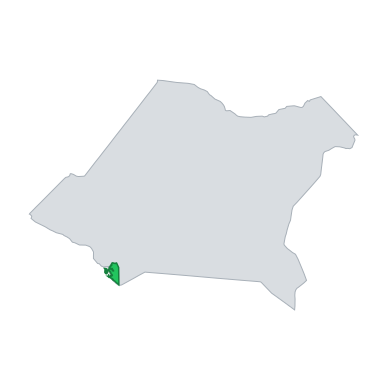 location of Lamu East, Coast, Kenya, rotated 95°
{"feature_id": "3690345B14280875758697", "entity_name": "Lamu East", "entity_type": "district", "adm_level": 2, "iso_a3": "KEN", "parent_name": "Kenya", "parent_adm1": "Coast", "projection": "natural_earth1", "projection_center": [41.091, -1.907], "detail": "fine", "context": "in_parent", "style": "filled", "palette": "green", "viewbox_px": 384, "rotation_deg": 95, "n_neighbors": 0, "source": "geoboundaries", "source_scale": "gbopen_adm2", "svg_char_len": 6913}
<svg xmlns="http://www.w3.org/2000/svg" viewBox="0 0 384 384"><g transform="rotate(95 192 192)"><path d="M83.6,236.1L83.5,230.7L84.2,217.1L84.1,205.1L84.7,199.1L87.2,195.3L88.4,192.6L89.3,188.7L90.6,185.6L93.6,183.0L94.2,181.6L97.4,177.3L99.3,171.8L100.8,169.9L102.6,168.2L103.9,167.3L106.0,166.4L107.6,165.9L107.9,165.5L108.1,164.6L107.5,161.2L108.2,160.0L109.4,157.8L110.7,155.6L111.8,154.3L112.5,152.9L112.8,150.5L112.8,148.8L112.8,146.0L112.5,139.7L111.1,134.5L110.3,128.6L110.9,126.6L109.8,123.2L109.3,123.0L108.4,122.2L107.3,119.0L106.5,116.0L106.0,115.2L102.3,112.6L100.5,106.5L98.5,105.1L97.4,99.0L97.2,97.3L98.3,91.2L98.2,89.8L97.0,88.5L93.6,87.2L90.8,84.7L91.2,83.8L91.4,82.9L90.0,82.3L85.7,71.9L91.2,65.6L96.7,59.3L103.8,51.3L110.3,43.9L115.9,37.6L120.9,31.9L120.8,33.0L120.8,34.4L121.4,35.3L122.5,35.9L123.9,35.3L125.1,34.4L126.4,34.2L133.8,36.5L135.1,38.6L135.0,40.8L135.3,42.4L134.8,44.0L134.1,48.9L134.3,53.4L136.5,56.7L138.5,59.3L140.1,63.0L141.3,64.1L142.9,64.7L148.1,64.8L155.7,65.1L163.1,65.3L163.7,65.4L165.3,65.9L172.1,70.8L178.2,75.3L183.5,79.3L188.6,83.1L193.5,86.8L197.3,89.9L201.1,90.8L207.3,91.2L211.5,91.4L215.4,92.7L221.3,93.9L225.6,94.5L228.3,95.2L235.6,95.9L236.8,95.5L240.0,92.1L243.6,86.5L245.0,83.5L249.7,80.5L257.9,76.2L263.7,73.2L270.1,70.2L273.0,72.8L277.0,77.0L278.8,79.1L280.3,80.0L282.5,80.6L285.1,80.6L286.6,80.5L289.6,80.0L296.5,79.5L300.5,79.5L297.1,85.1L293.1,91.7L285.8,103.9L280.1,110.4L275.9,115.2L275.5,116.1L275.5,121.5L275.6,134.8L275.7,161.3L275.7,187.7L275.8,214.2L275.9,227.5L275.9,231.9L279.6,237.5L283.3,242.9L288.1,250.1L290.7,254.0L291.1,255.3L290.9,257.9L287.0,263.3L283.7,265.7L279.4,266.9L278.1,266.7L276.3,265.9L275.7,267.2L275.2,269.2L274.2,268.8L273.5,268.2L273.9,271.8L274.4,273.5L273.7,275.9L271.6,278.0L271.4,279.8L266.8,284.4L260.3,284.9L256.9,287.2L255.3,289.1L254.2,293.2L254.6,299.5L252.8,304.3L252.4,306.8L249.1,309.9L247.6,312.8L246.5,315.7L245.5,317.0L244.4,323.6L242.8,327.6L242.4,328.9L242.0,330.1L240.8,332.5L240.0,334.1L239.5,335.1L235.5,345.4L232.4,350.0L230.0,349.5L228.4,351.3L228.2,352.1L227.3,351.6L225.3,349.9L221.1,346.5L217.0,343.0L212.8,339.5L208.6,336.0L204.5,332.6L200.3,329.1L196.1,325.6L191.9,322.1L189.5,320.1L188.4,318.9L187.6,316.5L187.1,315.9L186.0,315.1L184.7,315.0L184.3,314.5L184.4,313.4L184.8,311.7L186.3,308.5L186.5,306.6L186.2,304.5L185.7,301.1L185.3,300.3L182.5,298.5L176.7,294.8L170.9,291.1L165.2,287.3L159.4,283.6L153.6,279.8L147.8,276.1L142.0,272.4L136.2,268.6L130.4,264.9L124.6,261.1L118.8,257.4L113.0,253.6L107.2,249.9L101.4,246.2L95.6,242.4L89.8,238.7L87.6,237.3L85.7,236.1L83.6,236.1ZM276.3,272.4L275.3,272.7L275.8,270.9L278.8,268.6L280.0,269.1L280.3,269.7L280.2,270.1L279.7,270.6L276.3,272.4Z" fill="#d9dde1" stroke="#a8b0b8" stroke-width="1"/><path d="M269.3,261.0L269.5,261.6L269.7,262.0L269.9,262.1L269.9,262.3L269.7,262.4L269.7,262.5L269.8,262.9L269.8,263.0L269.8,263.3L269.7,263.6L269.7,263.8L269.8,264.1L269.7,264.3L269.5,264.5L269.6,264.8L269.5,265.0L269.7,265.4L269.8,265.4L270.0,265.6L270.4,265.7L270.5,265.6L270.9,265.7L271.0,265.8L271.1,266.0L271.2,265.9L271.4,266.1L271.7,266.1L271.8,266.2L272.0,266.2L272.0,265.8L271.9,265.6L272.0,265.6L272.2,265.8L272.2,266.0L272.3,266.1L272.3,266.3L272.3,266.5L272.6,266.6L272.6,266.4L272.7,266.2L272.8,266.3L272.8,266.6L272.8,266.8L272.9,267.1L273.1,267.2L273.4,267.1L273.6,267.0L273.9,267.2L274.1,267.5L274.3,267.6L274.3,267.8L274.5,267.8L274.6,267.6L275.0,267.4L275.1,267.2L275.3,267.0L275.2,266.8L275.2,266.6L275.4,266.3L275.3,266.2L275.2,266.1L275.2,265.9L275.2,265.7L275.3,265.3L275.6,265.2L275.8,265.1L275.8,264.8L275.7,264.7L275.8,264.7L276.0,264.6L276.2,264.3L276.3,264.1L276.6,264.1L276.8,263.9L277.1,263.6L277.1,263.4L277.3,263.3L277.4,263.5L277.5,263.6L277.4,264.0L277.2,264.0L276.8,264.4L276.8,264.5L276.7,264.5L276.4,264.7L276.4,264.8L276.2,265.0L276.1,265.3L275.8,265.6L275.7,265.8L275.7,266.0L275.9,266.2L275.9,266.3L275.9,266.9L275.8,267.0L275.7,267.2L275.7,267.3L275.8,267.5L276.2,267.8L276.0,268.0L276.2,268.3L276.3,268.6L276.7,268.4L276.7,268.5L276.7,268.8L276.8,268.9L276.9,269.0L277.0,268.8L277.1,268.6L277.3,268.8L277.5,268.5L277.5,268.3L277.7,268.2L277.7,267.9L277.8,267.9L277.9,267.7L278.0,267.6L278.1,267.4L277.9,267.4L277.9,267.2L278.0,266.9L278.3,266.7L278.5,266.5L278.6,266.4L278.7,266.5L278.9,266.4L279.0,266.3L279.2,266.5L279.3,266.5L279.3,266.3L279.5,266.4L279.6,266.2L279.8,266.1L279.9,265.9L280.0,265.9L280.5,265.5L280.4,265.4L280.6,265.3L280.7,265.2L280.8,265.1L280.9,264.9L281.1,264.8L281.2,264.6L281.3,264.6L281.5,264.3L281.8,264.1L282.0,264.1L282.0,264.3L281.9,264.5L282.1,264.4L282.3,264.4L282.4,264.7L282.4,264.9L282.5,264.9L282.6,264.7L282.7,264.8L282.8,265.1L282.7,265.2L282.6,265.3L282.5,265.5L282.4,265.5L282.5,265.7L282.4,265.9L282.7,266.0L282.7,265.8L282.8,265.7L282.9,265.4L283.0,265.4L283.1,265.6L283.4,265.6L283.5,265.6L283.6,265.8L283.4,265.9L283.4,266.0L283.5,266.0L283.4,266.3L283.4,266.5L283.4,266.9L283.5,266.8L283.7,266.6L283.9,266.5L284.0,266.2L284.4,266.0L284.4,265.9L284.6,265.8L284.7,265.7L284.9,265.1L285.0,264.9L285.1,264.7L285.3,264.7L285.5,264.3L285.7,264.1L286.1,263.6L286.3,263.4L286.3,263.2L286.2,263.3L286.0,263.1L285.9,263.1L286.0,263.0L286.3,263.2L286.6,262.9L286.6,262.6L287.1,262.0L287.2,261.9L287.3,261.8L287.3,261.5L287.4,261.4L287.5,261.2L288.6,259.9L288.7,259.7L289.1,259.4L289.3,258.9L289.6,258.5L289.8,258.0L290.7,257.1L290.9,256.8L290.3,256.8L273.6,258.5L269.4,260.9L269.3,261.0ZM279.3,269.1L279.2,269.1L278.8,269.2L278.7,269.2L278.7,269.3L278.6,269.5L278.6,269.8L278.5,270.0L278.1,270.1L278.1,270.3L277.7,270.2L277.5,270.3L277.3,270.4L277.0,270.7L276.8,270.6L276.7,270.6L276.6,271.1L276.4,271.0L276.3,270.9L276.3,270.7L276.2,270.6L275.8,270.8L275.7,270.9L275.7,271.1L276.0,271.2L276.1,271.5L276.3,271.7L276.4,271.8L276.5,271.9L276.9,271.8L276.9,271.7L276.7,271.5L276.7,271.4L276.9,271.4L277.1,271.3L277.2,271.2L277.3,271.0L277.5,270.9L277.9,271.0L277.9,271.3L278.0,271.3L277.9,271.7L278.0,271.8L278.3,271.6L278.5,271.5L278.4,271.4L278.5,271.3L278.6,271.2L278.8,271.2L278.7,271.3L278.7,271.5L278.8,271.6L278.8,271.8L279.0,271.9L279.4,271.8L279.5,271.8L279.5,271.6L279.3,271.4L279.4,271.0L279.3,270.8L279.1,270.7L279.4,270.2L279.5,270.0L280.0,270.1L280.3,270.5L280.5,270.4L280.6,270.5L280.7,270.4L280.9,270.0L280.9,269.9L280.7,269.7L280.4,269.7L280.2,269.5L280.3,269.7L280.2,269.8L279.7,269.3L279.4,269.3L279.3,269.1ZM283.4,268.4L283.7,267.9L284.0,267.6L284.3,267.2L284.6,266.7L284.2,267.0L283.9,267.4L283.8,267.7L283.6,267.9L283.5,268.1L283.4,268.3L283.4,268.4ZM280.1,270.4L280.0,270.6L279.9,270.7L279.9,270.9L280.0,270.9L280.3,271.1L280.6,271.1L280.7,270.9L280.4,270.7L280.4,270.8L280.2,270.7L280.1,270.4ZM275.9,272.3L276.1,272.1L276.0,271.9L275.9,272.0L275.9,272.3ZM282.3,267.8L282.1,267.7L282.0,267.8L282.3,267.9L282.3,267.8ZM277.2,271.9L277.1,272.0L277.2,271.9ZM279.5,269.2L279.4,269.1L279.5,269.2L279.5,269.2Z" fill="#22c55e" stroke="#15803d" stroke-width="1.5"/></g></svg>